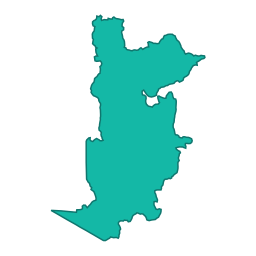 the district of Barra de São Francisco, Espírito Santo, Brazil
{"feature_id": "56859067B7430516791214", "entity_name": "Barra de São Francisco", "entity_type": "district", "adm_level": 2, "iso_a3": "BRA", "parent_name": "Brazil", "parent_adm1": "Espírito Santo", "projection": "robinson", "projection_center": [-40.814, -18.663], "detail": "fine", "context": "isolated", "style": "filled", "palette": "teal", "viewbox_px": 256, "rotation_deg": 0, "n_neighbors": 0, "source": "geoboundaries", "source_scale": "gbopen_adm2", "svg_char_len": 5536}
<svg xmlns="http://www.w3.org/2000/svg" viewBox="0 0 256 256"><path d="M51.1,210.4L54.4,212.3L56.2,213.3L66.0,219.0L67.2,219.7L76.1,224.7L79.7,226.9L82.4,228.4L86.2,230.5L89.1,232.2L90.8,233.2L92.6,234.2L94.8,235.5L103.4,240.5L105.3,240.6L106.6,239.9L108.4,238.8L109.7,238.1L110.5,237.0L112.0,237.3L113.7,237.7L115.3,237.5L116.6,237.5L118.2,238.2L118.9,236.9L119.0,235.0L119.7,233.1L119.5,230.7L120.6,229.1L120.2,227.5L119.5,225.9L118.4,224.2L118.4,222.7L119.3,221.5L120.7,220.8L122.0,220.9L123.4,221.0L124.3,220.1L125.9,220.4L127.3,220.4L128.3,221.8L130.2,221.4L131.2,219.8L131.9,218.4L132.3,216.8L133.1,215.4L134.6,214.4L135.8,213.9L136.9,212.8L138.3,213.2L140.2,214.1L141.7,213.8L143.1,214.1L144.0,215.0L145.6,216.5L146.4,218.2L146.8,219.8L148.0,220.3L149.2,220.6L150.4,220.3L151.5,220.0L152.9,219.8L155.3,219.5L156.8,218.2L158.5,217.2L159.4,215.4L160.6,213.2L161.0,211.5L161.1,209.4L159.2,208.8L157.6,209.5L156.0,209.1L155.2,207.4L154.2,205.5L153.9,204.0L154.1,201.7L155.3,201.4L157.1,201.9L157.5,200.0L157.0,198.5L156.2,196.7L156.0,195.4L155.6,194.0L154.8,192.7L154.8,190.7L156.2,190.1L157.4,189.9L159.3,189.9L161.0,189.9L161.5,188.3L161.4,186.8L162.9,185.0L163.2,183.4L163.5,181.8L164.0,180.3L165.1,179.2L166.3,179.2L167.5,179.0L169.0,178.2L170.2,178.7L171.6,178.0L171.9,176.6L173.1,176.0L174.0,174.7L175.3,173.8L177.0,172.6L177.5,170.7L177.9,168.8L178.0,166.8L177.9,164.6L177.9,162.4L179.2,160.5L178.5,159.0L178.4,157.6L179.1,155.6L179.3,153.9L180.4,152.8L179.8,151.3L178.6,150.9L177.4,150.0L176.4,149.3L175.9,147.9L177.5,147.3L179.4,146.9L182.7,147.0L184.0,147.6L185.7,148.2L185.9,146.2L185.2,145.1L185.5,143.5L186.8,143.4L188.6,143.6L190.2,143.5L191.6,142.5L192.2,140.8L191.6,138.8L190.1,138.0L188.5,137.4L186.4,137.3L184.7,136.8L183.1,136.8L182.2,137.9L181.0,137.8L179.3,137.3L178.7,135.9L177.5,135.0L175.7,134.8L174.9,133.7L174.7,132.3L174.4,130.7L174.0,129.1L173.2,127.6L173.1,125.7L173.3,123.7L174.0,122.3L174.2,120.8L174.3,119.0L174.7,117.0L174.8,115.3L175.3,113.4L175.9,111.1L176.1,109.2L175.9,107.8L176.0,106.1L176.1,104.6L176.2,102.7L176.2,100.9L175.7,99.1L173.8,98.7L172.9,96.7L172.6,95.1L172.3,93.7L171.2,92.0L169.1,92.3L167.7,94.1L166.4,95.8L165.9,98.2L164.2,98.3L162.0,97.5L160.0,96.7L159.0,96.0L157.8,96.3L157.9,98.2L158.4,99.8L158.8,101.3L159.5,102.5L158.4,104.0L156.9,104.2L155.7,104.2L154.6,104.8L153.4,105.7L152.3,107.1L150.6,106.6L148.4,106.2L147.4,105.2L146.4,104.2L145.7,102.1L145.7,100.1L146.1,98.8L146.0,96.7L144.6,95.3L142.5,94.8L142.1,92.8L142.1,91.2L143.7,90.1L145.1,92.2L146.4,94.1L147.4,95.3L149.1,96.5L151.5,97.0L153.5,96.5L154.9,96.0L156.4,95.2L156.6,93.1L157.5,91.7L158.2,90.6L158.6,89.0L159.8,88.5L161.0,87.3L163.9,86.9L165.9,85.7L167.6,85.5L168.9,84.5L170.6,84.0L172.1,83.8L174.0,83.3L175.2,81.8L177.1,80.7L178.5,81.1L179.4,82.1L181.0,81.4L182.2,80.8L183.2,80.0L183.6,78.0L184.8,77.0L186.2,76.3L187.7,75.3L188.9,73.8L189.5,71.4L190.8,69.7L191.6,67.8L192.5,66.7L193.3,65.6L194.7,65.1L195.9,64.9L197.2,65.2L197.0,63.7L196.5,62.5L197.6,61.7L199.4,60.7L201.4,59.1L203.9,58.5L204.9,57.5L204.5,55.9L202.7,55.7L201.0,55.4L199.6,56.0L197.9,56.0L195.4,55.2L193.7,55.9L192.5,54.7L191.2,53.9L189.9,53.4L188.5,53.1L187.1,53.5L185.5,54.1L184.6,52.8L184.0,50.8L182.7,49.6L181.8,48.2L181.1,47.1L180.8,45.6L180.1,44.0L179.3,42.3L178.5,41.3L177.0,40.1L175.8,37.9L175.1,35.9L173.6,35.3L172.4,34.3L169.9,34.2L167.8,34.4L166.0,35.3L164.4,35.6L163.5,37.3L163.1,38.7L161.6,39.2L160.6,40.5L159.7,41.8L159.0,43.4L157.2,43.7L155.1,43.3L153.5,43.4L152.4,42.7L151.0,42.2L149.1,41.7L147.8,42.5L148.3,43.9L148.3,45.3L148.7,46.8L146.7,47.2L145.1,47.9L143.9,48.6L142.8,49.4L141.0,47.8L139.8,48.5L138.4,49.9L136.7,50.3L134.8,49.9L133.4,50.1L132.1,50.8L130.4,50.5L129.1,50.0L127.9,49.9L126.5,49.4L125.9,47.9L124.3,47.3L124.7,45.7L124.6,43.8L124.4,41.5L123.9,39.9L122.8,38.3L122.5,36.1L122.1,34.3L121.6,32.7L121.8,31.0L123.6,29.8L123.7,27.6L122.1,26.3L122.1,24.6L122.5,22.9L123.7,21.1L123.1,19.5L121.3,19.7L119.3,19.1L117.8,18.8L116.2,18.6L114.9,17.9L113.9,17.0L112.7,17.7L112.1,19.1L110.0,18.9L108.2,18.3L107.8,19.8L106.0,19.8L104.3,19.6L103.0,20.0L101.6,20.4L101.1,18.9L101.9,16.7L100.4,15.4L99.1,16.7L96.8,16.1L96.7,17.9L96.2,19.2L95.1,20.1L93.9,20.6L92.6,21.8L92.5,23.8L93.1,25.8L94.9,26.6L94.5,27.9L94.4,29.5L94.1,31.1L93.0,32.4L92.3,34.1L92.4,36.0L92.5,38.2L93.4,39.4L93.0,41.2L92.6,43.7L93.9,45.0L95.2,46.0L95.6,47.2L97.0,48.0L95.7,48.9L96.0,52.3L96.7,54.1L97.6,56.0L96.0,56.0L94.4,56.9L94.7,58.7L95.0,60.8L96.5,61.3L97.9,61.2L100.2,60.9L101.2,62.0L101.8,63.5L101.2,65.5L99.9,66.7L100.3,68.3L100.4,70.0L100.2,71.4L100.0,73.3L98.8,73.9L97.8,75.1L97.0,76.6L95.8,77.4L94.6,78.5L94.4,80.4L93.9,82.2L92.6,83.6L91.6,85.3L91.1,87.1L90.6,88.8L91.5,90.5L91.1,92.4L92.2,94.1L93.5,95.7L95.1,96.3L97.5,97.5L98.6,98.8L98.9,100.8L99.7,102.3L100.5,103.5L100.6,105.0L100.3,106.3L100.0,107.7L100.4,109.6L100.5,112.1L100.6,114.3L100.6,116.4L100.3,117.8L100.4,119.9L100.0,121.8L99.6,124.2L99.5,126.0L98.9,127.9L99.1,130.1L100.4,131.2L101.3,132.6L101.0,134.4L101.3,136.1L102.0,137.3L102.2,138.7L103.1,140.3L101.7,140.8L100.0,140.7L99.1,139.8L98.0,139.3L96.6,138.5L95.5,139.1L94.2,140.0L92.8,141.5L91.1,141.0L90.0,139.8L90.2,137.7L88.9,137.9L87.9,138.8L86.7,140.0L86.2,141.4L86.2,162.2L86.6,179.2L88.3,182.3L89.5,183.3L90.2,186.1L91.7,187.7L91.0,189.5L93.8,191.5L94.7,193.6L95.5,195.9L96.1,198.1L95.9,200.2L93.5,201.0L92.0,202.1L90.3,204.5L89.3,205.4L87.2,207.7L85.4,205.2L83.6,205.1L82.3,206.2L82.5,208.2L81.8,209.3L79.8,209.7L76.8,209.8L76.4,212.3L61.3,210.9L53.7,210.5L51.1,210.4Z" fill="#14b8a6" stroke="#0f766e" stroke-width="1.5"/></svg>